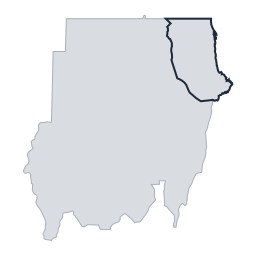 Red Sea highlighted on a map of Sudan
{"feature_id": "SDN-149", "entity_name": "Red Sea", "entity_type": "State", "adm_level": 1, "iso_a3": "SDN", "parent_name": "Sudan", "parent_adm1": "", "projection": "equal_earth", "projection_center": [36.534, 19.492], "detail": "fine", "context": "in_parent", "style": "outline", "palette": "slate", "viewbox_px": 256, "rotation_deg": 0, "n_neighbors": 0, "source": "natural_earth", "source_scale": "10m", "svg_char_len": 7517}
<svg xmlns="http://www.w3.org/2000/svg" viewBox="0 0 256 256"><path d="M176.1,227.2L173.7,227.2L173.5,226.5L173.5,224.4L173.8,222.9L174.7,220.5L174.5,219.1L174.6,217.2L174.0,215.1L168.4,208.8L167.3,207.1L164.3,205.6L164.8,203.8L163.6,191.1L164.3,189.6L164.4,187.4L164.4,185.5L165.2,182.2L165.3,180.8L159.3,180.7L159.2,182.1L159.5,183.7L159.5,184.3L151.2,184.4L154.5,189.4L154.6,191.5L154.4,194.3L154.4,196.0L154.6,197.1L155.5,199.4L155.5,199.8L155.2,200.3L149.3,207.0L148.3,210.1L147.5,211.7L145.8,214.4L140.4,221.5L139.5,222.0L135.4,222.2L135.0,222.4L134.7,222.7L131.0,218.5L125.1,213.5L121.2,216.1L120.1,217.0L120.1,219.5L119.5,220.7L118.4,222.0L115.5,222.9L114.0,223.6L112.2,225.0L110.5,227.2L110.3,228.4L110.5,229.5L100.5,229.4L99.9,228.6L98.5,224.8L97.5,225.1L88.4,224.6L87.1,225.0L84.5,226.6L83.1,226.8L81.8,226.1L77.1,218.7L76.1,217.8L75.0,216.0L74.0,215.3L73.7,214.7L73.6,213.9L73.6,212.3L73.3,211.3L72.5,211.0L66.1,212.8L65.2,212.6L63.8,212.9L63.4,213.2L62.8,214.2L62.7,216.2L62.5,217.2L62.0,218.3L60.2,220.8L59.7,221.9L59.8,224.7L59.7,226.1L59.4,226.7L58.6,227.8L58.3,228.4L57.9,232.0L56.9,234.1L56.6,234.9L56.5,236.4L56.4,236.9L53.5,238.1L52.4,238.9L51.7,240.1L51.5,240.6L50.3,240.2L48.7,239.9L45.7,239.5L44.5,238.9L43.9,238.1L44.1,236.0L43.8,235.5L43.3,235.1L43.0,234.2L43.1,233.1L44.7,230.6L45.1,229.2L45.6,223.0L45.5,221.1L44.3,217.6L41.4,211.6L40.8,210.4L37.2,205.5L36.8,204.7L35.9,202.6L37.0,198.1L37.1,196.8L36.8,195.5L35.9,194.5L35.1,194.4L34.0,193.2L33.4,192.6L32.8,191.5L32.3,190.0L32.7,184.6L32.6,183.9L31.6,183.7L31.4,183.3L31.5,182.3L31.0,179.2L30.5,176.7L30.8,175.3L30.1,173.4L28.6,172.6L25.7,173.2L24.8,173.1L24.2,172.7L23.8,172.0L23.6,171.2L23.8,170.0L24.7,167.7L25.8,165.8L27.9,164.1L28.4,163.2L28.8,162.2L28.9,161.0L28.8,159.8L28.5,158.7L28.0,157.2L27.4,155.5L27.4,154.3L27.7,153.5L28.3,152.5L30.4,150.5L32.6,148.8L32.9,148.3L32.8,147.6L31.9,146.2L31.6,143.6L31.1,141.8L32.2,140.4L33.0,139.9L34.3,139.5L34.8,138.9L35.0,137.8L34.9,136.7L35.4,136.0L36.0,134.3L36.5,133.5L38.2,131.6L38.6,130.3L38.7,129.1L38.4,125.4L39.3,123.8L40.5,122.6L42.3,122.6L44.9,122.4L46.7,121.8L48.0,121.8L51.0,122.5L51.3,122.2L51.5,121.3L53.1,51.5L65.2,51.5L65.4,51.4L66.3,18.7L142.1,18.7L142.7,18.6L143.9,15.6L144.4,15.4L145.2,15.5L145.5,16.3L144.8,18.7L211.0,18.7L211.1,22.4L211.6,25.4L213.5,29.7L215.1,32.0L215.7,33.2L215.8,33.8L215.7,34.4L215.2,33.7L214.4,33.3L214.3,35.3L214.7,39.4L215.3,42.3L214.9,44.9L214.9,49.4L215.8,54.8L215.6,58.3L217.0,66.4L218.4,70.9L219.1,72.0L220.0,72.6L221.6,72.9L223.9,75.2L225.8,77.6L226.5,78.9L227.4,80.3L228.0,80.0L228.4,79.7L229.0,80.8L232.0,83.2L232.4,84.3L231.4,85.4L230.1,87.3L229.5,89.1L229.2,89.7L228.2,90.8L228.1,91.3L227.6,91.6L227.2,91.7L226.2,92.3L225.2,92.1L224.3,92.4L224.0,92.8L223.2,93.2L222.3,93.4L220.7,94.9L219.4,95.6L218.9,96.2L218.2,99.2L217.7,100.0L215.7,100.0L214.7,100.3L213.4,100.0L212.7,100.0L212.6,100.6L212.3,103.2L212.4,104.3L211.2,107.2L211.6,112.7L210.5,116.8L210.3,117.7L209.2,120.9L208.7,122.2L207.3,128.2L206.7,130.1L205.5,132.1L206.7,146.7L205.7,151.2L205.8,153.6L205.1,157.2L204.5,158.9L203.6,160.9L202.9,163.2L202.2,166.1L201.8,171.8L201.5,172.3L198.0,173.0L196.8,173.4L196.1,174.0L195.2,175.5L193.3,179.4L192.4,181.9L190.9,185.2L189.1,187.6L188.7,188.7L188.4,190.8L187.8,194.2L187.2,196.6L187.3,198.6L186.7,201.9L186.8,203.6L186.2,204.5L185.4,205.3L184.8,205.6L182.3,203.3L180.6,204.9L179.5,207.0L178.6,209.2L179.1,213.9L179.0,214.9L178.8,216.0L177.1,220.6L176.6,222.7L176.1,226.3L176.1,227.2Z" fill="#d9dde1" stroke="#a8b0b8" stroke-width="1"/><path d="M232.3,84.3L230.6,86.2L230.2,86.9L229.5,89.4L229.2,90.1L228.9,90.4L228.3,90.7L228.1,91.0L228.0,91.3L228.0,91.7L228.0,92.0L227.8,92.3L227.5,92.3L227.3,92.2L227.1,91.9L226.9,91.7L226.5,91.9L226.4,91.9L226.4,92.1L226.4,92.3L226.4,92.5L226.3,92.8L226.1,93.0L225.9,93.0L225.8,92.7L225.8,92.3L225.8,92.1L225.7,91.9L225.4,91.9L225.1,92.0L224.3,92.8L223.9,93.4L223.7,93.6L223.4,93.7L223.1,93.6L222.7,93.2L222.0,93.4L221.5,94.6L221.0,95.0L220.5,95.0L218.9,95.7L218.7,95.8L218.7,96.0L218.8,96.8L218.8,97.1L218.8,97.7L218.7,98.1L218.4,98.7L218.4,99.1L218.3,99.4L217.6,100.5L216.4,100.1L216.1,100.1L215.5,100.6L215.1,100.6L214.9,100.6L214.3,100.7L214.1,100.7L213.7,100.3L213.5,100.2L213.2,100.2L212.8,99.9L212.6,99.8L212.4,99.8L212.3,100.0L201.0,101.2L200.8,101.1L200.4,101.0L196.0,98.0L190.0,92.8L189.5,92.2L189.3,91.8L188.1,89.4L186.5,85.4L186.3,85.0L185.8,84.3L184.4,82.5L181.5,80.3L179.2,79.1L177.4,78.4L177.2,78.1L171.5,60.2L171.4,60.0L171.4,59.8L171.5,59.7L171.9,58.6L172.0,57.8L172.1,57.4L172.1,56.7L171.9,54.0L171.3,51.5L171.2,50.6L171.3,49.3L171.5,47.6L171.8,46.7L172.0,46.2L171.9,45.8L171.8,45.6L171.9,44.6L171.9,43.9L171.9,43.6L171.9,43.3L171.7,42.7L171.5,42.1L171.4,41.9L171.1,41.3L171.1,41.1L170.9,40.9L170.6,40.3L170.4,39.4L170.3,39.2L170.2,39.1L169.5,38.9L169.4,38.9L169.2,38.7L168.9,38.4L168.1,37.1L168.0,36.9L167.3,36.4L167.2,36.3L167.0,35.9L167.0,35.7L167.0,35.3L167.0,35.1L167.3,34.3L167.3,33.9L167.4,33.4L167.3,32.2L167.3,31.9L167.7,31.3L167.8,31.2L167.9,30.8L168.0,30.2L168.0,29.8L168.0,29.6L167.9,29.2L167.9,28.4L167.9,28.2L167.8,27.9L167.7,27.8L167.6,27.6L167.3,27.2L167.1,26.9L170.6,23.4L165.8,18.7L166.1,18.7L168.6,18.7L171.5,18.7L174.3,18.7L176.9,18.7L177.0,18.7L180.0,18.7L182.8,18.7L185.6,18.7L188.4,18.7L191.3,18.7L194.1,18.7L196.9,18.7L199.8,18.7L202.6,18.7L205.4,18.7L208.3,18.7L211.1,18.7L211.1,19.0L210.8,19.1L210.6,19.2L210.9,19.5L211.0,19.7L211.0,21.7L211.3,23.9L211.2,24.4L211.3,24.5L211.4,24.9L211.5,25.1L211.6,25.3L212.3,27.4L213.9,30.5L215.0,31.7L216.3,33.8L216.4,34.1L216.3,34.4L216.3,34.7L216.1,34.8L215.9,34.7L215.6,34.9L215.4,34.7L215.1,34.0L215.0,33.8L214.9,33.6L214.9,33.4L215.1,33.4L215.2,33.5L215.3,33.8L215.6,34.1L215.8,34.2L215.5,33.6L215.3,32.9L215.2,32.7L215.0,32.8L214.7,32.4L214.6,32.6L214.4,32.4L214.4,32.2L214.5,31.8L214.5,31.6L214.4,31.4L214.0,31.3L213.8,31.6L213.7,32.1L213.8,32.4L213.8,32.5L214.0,32.6L214.0,32.9L213.9,33.0L214.0,33.4L214.0,33.6L213.9,33.8L213.7,34.0L213.6,34.4L213.7,34.5L214.0,35.0L214.3,36.0L214.5,37.0L214.6,39.2L214.8,40.2L215.3,42.1L215.4,43.2L215.3,43.5L215.2,43.9L214.8,43.8L214.7,44.0L214.8,44.5L214.7,45.7L214.8,46.4L214.8,46.6L215.1,47.6L215.2,48.1L215.2,48.7L215.3,49.5L215.1,50.1L215.1,50.4L214.9,50.6L214.9,50.8L214.9,51.2L215.0,51.8L215.7,54.4L215.8,54.9L215.8,56.0L215.8,56.3L215.7,56.5L215.5,56.8L215.5,57.1L215.6,58.1L215.6,58.4L215.6,58.5L215.8,59.1L216.1,60.1L216.6,63.6L216.7,65.3L216.7,65.5L216.8,65.6L217.0,65.8L216.9,66.1L217.2,66.8L217.4,67.6L217.6,68.6L217.8,69.3L217.9,70.2L218.1,70.5L218.3,71.1L218.6,71.7L219.0,72.2L219.1,72.4L219.2,72.6L219.4,72.7L219.5,72.6L220.5,72.4L220.9,72.2L220.9,72.5L221.2,72.7L221.4,72.7L221.7,72.7L221.8,72.9L221.8,73.2L222.0,73.4L221.9,74.0L222.1,73.9L222.4,74.0L222.6,74.2L224.0,74.7L224.5,75.4L224.8,76.1L225.4,76.8L225.7,77.1L226.2,77.3L226.4,77.6L226.2,77.9L225.9,78.1L225.8,78.7L226.2,79.6L226.8,80.3L227.4,80.5L227.9,80.4L228.0,79.8L228.2,79.7L228.7,79.3L228.7,79.5L228.5,79.8L228.3,79.9L228.3,80.0L228.3,80.4L228.2,80.6L227.8,80.7L227.7,80.7L227.6,80.8L228.2,80.7L228.3,80.7L228.4,80.8L228.5,80.9L228.7,81.0L228.8,81.1L229.2,81.1L229.3,81.2L229.5,81.3L229.7,81.2L229.5,80.9L229.7,80.7L230.0,81.0L230.4,81.8L230.2,82.1L230.4,82.2L230.8,82.3L231.0,82.1L231.1,82.3L231.1,83.0L231.5,83.2L231.6,82.6L231.4,82.3L231.6,82.5L232.1,83.1L232.2,83.4L232.2,83.7L232.2,83.8L232.3,84.2L232.3,84.3ZM215.8,37.4L215.9,37.5L216.0,37.5L216.0,37.8L215.9,38.8L215.8,39.1L215.7,39.1L215.5,38.7L215.5,38.2L215.6,37.7L215.8,37.4Z" fill="none" stroke="#1e293b" stroke-width="2"/></svg>